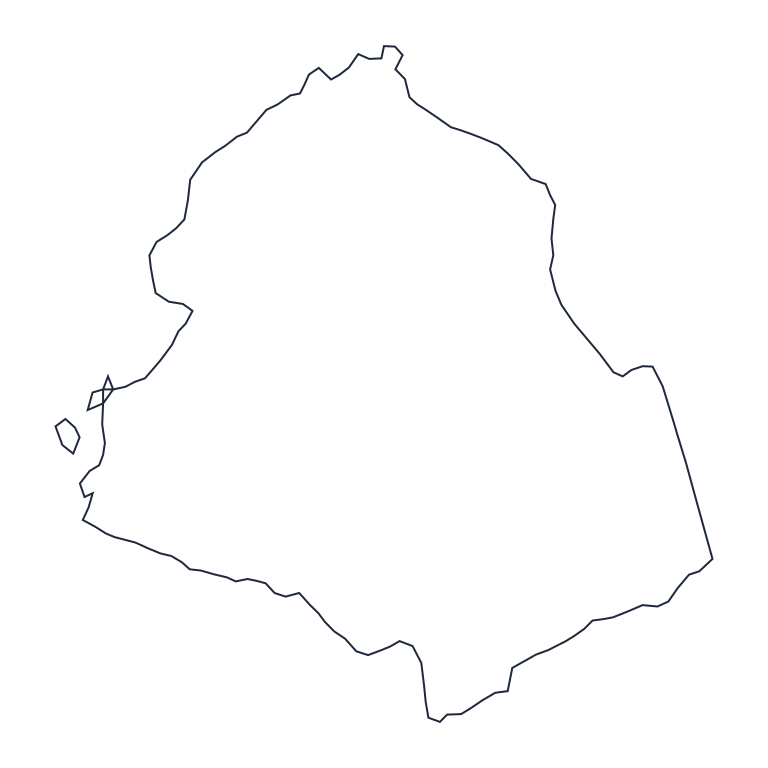 the district of São Gonçalo, Rio de Janeiro, Brazil
{"feature_id": "56859067B71133988881578", "entity_name": "São Gonçalo", "entity_type": "district", "adm_level": 2, "iso_a3": "BRA", "parent_name": "Brazil", "parent_adm1": "Rio de Janeiro", "projection": "equal_earth", "projection_center": [-43.016, -22.822], "detail": "fine", "context": "isolated", "style": "outline", "palette": "slate", "viewbox_px": 768, "rotation_deg": 0, "n_neighbors": 0, "source": "geoboundaries", "source_scale": "gbopen_adm2", "svg_char_len": 2099}
<svg xmlns="http://www.w3.org/2000/svg" viewBox="0 0 768 768"><path d="M290.5,95.4L277.7,104.4L266.4,109.9L247.0,132.6L236.9,136.7L225.8,145.4L215.3,152.1L202.1,162.3L190.2,179.8L187.9,200.2L184.4,219.4L176.2,228.2L167.2,235.3L156.6,241.9L149.4,255.4L150.8,267.5L153.1,280.8L155.7,293.1L168.8,301.7L183.0,304.0L192.5,310.9L185.8,323.5L178.4,331.3L172.0,344.8L160.7,360.0L153.5,368.5L145.0,378.3L134.9,381.8L125.4,386.8L113.2,389.4L103.1,403.4L102.2,424.5L104.9,443.0L103.1,454.8L99.2,465.2L89.7,470.9L79.9,483.5L84.5,497.0L92.7,493.2L88.6,507.4L82.8,520.0L95.5,526.9L105.9,533.5L114.6,537.1L124.5,539.7L135.3,542.5L148.9,548.7L160.4,553.4L171.3,556.0L181.8,562.2L189.7,569.3L200.7,570.5L214.0,574.3L227.0,577.4L235.7,581.4L247.5,579.0L256.9,580.9L265.6,583.3L274.6,593.0L285.5,596.6L299.2,593.0L310.1,605.1L318.3,613.1L325.1,622.1L334.2,631.4L345.1,638.7L356.3,651.3L368.1,655.1L379.6,650.8L390.0,646.6L399.6,641.1L412.6,646.1L421.3,662.9L424.0,685.0L425.7,702.0L428.4,717.7L439.9,721.9L447.1,714.6L461.1,714.1L471.2,707.9L481.9,700.6L495.2,692.8L507.7,691.1L512.3,667.9L536.0,654.6L548.2,650.1L557.4,645.4L565.9,641.1L574.0,636.1L584.1,629.0L592.6,620.5L603.6,619.1L612.8,617.4L626.4,612.0L642.6,605.1L657.5,606.5L668.4,601.5L677.5,588.3L689.0,574.7L699.4,571.2L712.5,558.9L696.2,500.1L685.8,462.2L677.2,434.2L673.5,421.6L662.7,386.3L652.6,366.6L642.7,366.2L631.4,370.0L622.7,376.4L613.5,372.3L599.9,354.1L583.3,334.4L574.1,323.5L561.4,304.8L555.5,290.8L550.1,269.4L553.3,255.4L551.5,238.4L553.4,218.2L555.2,204.9L550.1,195.2L545.7,184.1L531.0,178.9L518.4,164.2L508.0,153.7L498.5,145.2L481.1,137.8L470.7,133.8L459.9,130.0L450.9,127.2L436.7,117.2L425.2,109.4L417.3,104.4L409.5,97.3L404.9,79.0L395.4,69.3L402.6,55.1L395.0,46.6L384.0,46.1L381.4,58.4L369.2,58.9L358.2,54.1L349.0,67.4L339.5,74.8L331.0,79.5L318.8,67.9L309.0,74.5L304.6,84.3L300.0,93.5L290.5,95.4ZM79.6,437.3L75.0,427.6L65.4,419.0L55.5,426.4L62.4,445.1L73.2,453.6L79.6,437.3ZM103.1,403.4L103.1,389.4L92.6,392.5L87.7,410.0L103.1,403.4ZM113.2,389.4L108.0,376.4L103.1,389.4L113.2,389.4Z" fill="none" stroke="#1e293b" stroke-width="2"/></svg>